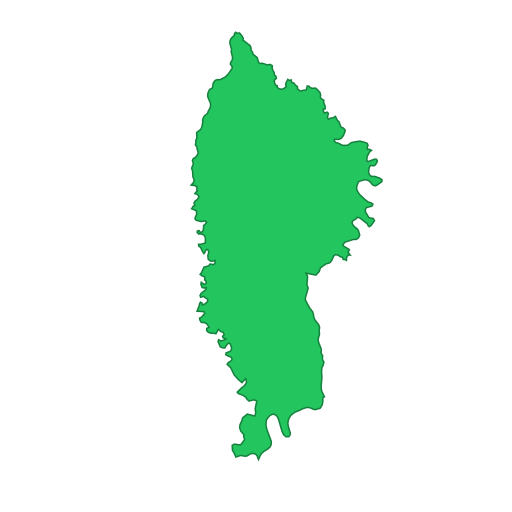 Candói, Paraná, Brazil, rotated 301°
{"feature_id": "56859067B42839534370188", "entity_name": "Candói", "entity_type": "district", "adm_level": 2, "iso_a3": "BRA", "parent_name": "Brazil", "parent_adm1": "Paraná", "projection": "albers", "projection_center": [-52.04, -25.522], "detail": "fine", "context": "isolated", "style": "filled", "palette": "green", "viewbox_px": 512, "rotation_deg": 301, "n_neighbors": 0, "source": "geoboundaries", "source_scale": "gbopen_adm2", "svg_char_len": 6145}
<svg xmlns="http://www.w3.org/2000/svg" viewBox="0 0 512 512"><g transform="rotate(301 256 256)"><path d="M406.1,300.6L405.9,298.6L405.0,296.3L406.6,295.2L408.4,295.1L409.8,293.5L409.6,291.3L408.0,285.9L406.4,283.9L402.3,279.3L398.1,277.5L396.6,275.2L395.4,273.1L395.2,268.7L394.4,266.1L394.7,264.1L396.5,263.1L397.6,265.3L398.7,267.0L400.6,268.4L404.3,268.9L408.4,268.2L409.9,267.6L410.7,265.0L410.2,262.8L411.7,260.5L413.6,258.5L414.5,255.3L416.6,252.2L414.3,251.0L412.1,248.4L410.5,247.8L411.2,246.2L412.6,245.5L415.6,244.6L415.9,242.7L413.9,241.3L414.4,239.7L416.3,238.0L417.7,239.5L419.9,238.2L422.8,234.6L424.4,234.0L424.5,230.7L425.4,229.2L427.2,228.6L429.1,226.6L430.3,222.5L430.6,220.5L428.9,218.2L428.2,215.6L428.9,214.0L428.0,212.3L426.1,213.1L424.1,213.5L422.6,211.4L420.2,209.1L420.7,205.3L422.6,204.3L422.8,201.6L423.8,199.4L423.1,197.3L425.1,195.4L423.6,194.2L423.8,192.3L419.5,192.6L417.9,193.4L416.7,194.7L414.6,193.9L412.3,192.5L411.3,189.6L411.4,187.3L412.9,186.5L412.6,184.6L414.5,182.2L416.2,181.2L418.7,182.0L420.4,180.5L420.6,178.6L422.6,177.1L424.0,174.5L425.8,172.8L427.5,172.0L427.5,169.4L425.7,167.4L424.4,161.9L423.2,160.6L423.1,158.8L426.7,154.8L427.5,149.3L428.8,148.3L429.7,146.0L431.7,144.6L433.2,142.9L434.2,135.4L434.3,133.4L435.8,133.2L436.8,131.8L437.6,130.2L438.7,127.0L437.3,125.2L437.3,123.3L435.6,123.0L433.9,123.8L430.7,122.8L428.8,122.6L426.8,123.0L424.5,124.4L420.6,128.6L418.2,129.6L414.3,133.5L411.8,134.7L409.2,134.6L407.3,135.1L405.9,138.3L404.2,138.9L398.0,138.5L393.7,137.5L388.6,134.4L387.7,132.7L386.2,131.0L384.4,130.3L381.6,130.4L379.0,131.7L376.8,131.9L374.9,130.4L371.0,130.9L369.2,131.6L367.5,132.8L363.1,138.7L361.0,139.8L359.3,140.4L355.8,140.4L353.4,141.0L349.2,139.6L347.3,139.7L345.0,140.2L343.5,141.3L340.5,142.5L338.4,143.2L336.0,143.4L331.3,141.5L326.7,144.5L324.0,144.9L321.9,146.2L320.0,146.8L318.8,149.6L317.3,150.4L315.4,152.8L313.5,153.6L310.9,153.6L308.6,153.0L307.4,152.1L305.2,152.2L302.8,154.8L298.1,155.6L296.2,157.8L291.2,161.3L289.6,163.6L287.3,164.6L283.4,163.9L284.9,167.5L284.7,170.1L282.4,170.9L281.2,172.4L279.5,171.5L278.0,171.5L278.6,174.0L277.6,176.5L274.6,176.7L271.6,175.5L269.4,175.5L268.2,177.5L266.1,176.5L263.3,176.5L264.1,181.5L261.2,183.7L258.2,183.9L256.5,184.5L255.8,186.3L257.1,190.8L258.3,192.7L259.9,194.1L259.5,196.3L256.8,196.0L255.2,195.4L252.0,197.1L249.3,197.7L247.5,196.1L248.5,194.0L247.2,192.8L245.8,193.5L245.3,195.5L246.7,197.6L247.1,201.0L245.6,203.1L241.1,205.9L237.5,202.5L236.4,200.7L234.9,202.0L234.9,204.0L232.3,207.8L231.2,210.1L232.9,210.3L235.8,209.9L236.7,211.3L235.0,213.6L231.7,214.4L228.6,216.7L228.2,219.4L229.2,221.5L231.1,223.3L228.4,224.7L226.6,223.8L225.5,220.7L223.2,220.5L219.6,217.1L213.6,217.9L211.5,217.5L211.2,219.6L211.6,223.1L209.0,224.3L208.6,226.4L207.1,227.2L204.9,226.3L205.3,222.6L203.3,223.4L201.2,226.1L202.0,228.3L203.2,229.7L201.4,230.3L195.8,228.2L193.4,228.3L192.1,229.8L194.3,231.8L193.9,237.0L191.7,238.0L188.5,236.8L186.5,235.5L187.9,233.8L187.8,232.1L186.1,232.2L184.5,232.8L178.3,233.9L181.5,240.1L180.3,241.6L175.2,240.7L173.7,239.6L172.1,241.0L170.9,243.4L172.4,246.2L172.5,248.9L170.7,252.6L168.6,251.0L166.7,252.1L166.0,254.3L166.5,256.9L168.1,259.6L168.7,261.7L173.8,261.5L173.1,264.3L173.6,267.3L172.1,269.3L169.9,268.7L168.9,270.0L169.4,273.0L167.1,271.6L165.1,269.7L165.1,267.2L163.1,267.5L159.7,272.2L160.1,274.7L161.2,276.7L163.4,276.6L166.8,277.1L167.6,278.8L164.9,282.2L162.8,283.2L161.2,283.1L157.6,280.3L155.9,280.8L155.8,282.9L156.4,287.0L155.2,288.6L153.6,288.8L150.3,287.1L148.2,287.1L147.2,291.9L142.8,298.6L141.1,304.2L140.2,309.2L145.5,310.3L143.5,312.5L141.6,313.1L138.6,312.8L135.0,311.4L129.6,310.0L129.0,311.7L129.9,316.7L129.6,319.9L128.5,322.4L128.1,324.8L131.2,327.8L132.0,329.7L132.0,331.4L124.8,333.9L121.3,336.6L118.2,337.4L116.0,329.9L110.3,327.9L107.2,328.8L103.4,329.1L100.9,330.1L99.5,331.4L98.1,333.1L96.6,337.5L94.7,338.6L92.8,340.8L86.3,340.1L85.3,338.5L83.7,334.4L81.4,333.1L77.3,335.9L76.1,338.3L73.3,342.3L77.1,345.5L78.9,350.1L80.1,351.4L83.0,352.8L84.5,354.1L85.5,355.7L85.9,358.0L85.3,359.8L82.8,363.0L87.2,362.4L89.8,362.5L92.7,363.5L96.6,365.5L99.4,366.4L102.0,366.2L104.9,364.7L112.7,354.9L116.0,351.8L119.4,349.9L121.2,349.4L123.6,349.5L126.0,350.0L128.4,351.2L129.7,353.2L129.8,354.9L129.2,357.1L127.8,359.2L119.1,368.6L117.0,371.8L116.5,374.8L118.1,377.2L119.7,377.4L121.6,376.9L126.7,371.4L128.4,369.9L130.0,369.0L131.6,368.4L133.9,367.9L136.5,367.9L138.1,368.2L142.0,369.7L145.8,372.6L149.0,374.6L152.2,377.4L153.2,379.0L153.9,381.4L154.0,383.3L154.7,385.8L158.5,389.4L162.8,389.4L166.6,387.8L169.0,386.2L170.6,387.2L173.7,382.3L175.6,380.5L178.3,378.7L185.6,375.2L190.7,371.7L194.5,369.8L196.4,370.0L200.3,368.7L201.1,366.8L202.6,365.5L204.9,364.5L206.2,361.8L208.4,360.8L210.3,359.3L214.0,354.4L216.2,352.4L218.4,351.6L221.7,350.7L224.3,348.8L227.7,347.2L229.3,345.3L231.6,339.4L233.2,337.2L234.6,336.1L237.2,333.6L239.2,328.6L243.7,321.0L245.8,319.8L254.7,317.5L256.0,316.6L257.5,314.5L264.6,311.0L265.9,309.8L267.1,307.7L270.5,317.2L275.3,318.2L279.0,317.3L285.4,320.1L287.0,321.8L288.6,322.9L291.5,323.2L296.1,322.6L298.2,323.5L299.0,326.3L298.8,328.9L299.5,330.8L297.9,332.6L298.8,334.1L298.8,335.8L300.3,334.9L302.5,334.3L304.4,334.7L305.3,336.3L306.6,333.1L309.6,332.7L309.6,326.0L310.5,324.7L313.7,325.1L320.2,330.8L321.9,333.5L324.2,334.5L327.3,334.2L330.5,330.7L331.5,328.6L331.7,325.9L332.8,322.4L334.7,320.8L336.6,321.1L338.9,322.5L341.5,323.0L342.0,324.9L341.9,327.7L341.1,332.7L341.1,334.5L339.9,336.2L339.4,338.0L341.7,339.0L347.3,339.4L348.6,337.0L347.6,334.9L347.1,332.9L350.2,327.1L352.1,325.8L354.3,325.7L358.5,329.7L360.7,329.5L360.8,326.9L360.0,324.1L360.6,319.9L362.2,312.8L364.2,308.9L366.3,307.0L369.6,306.0L372.9,305.7L376.3,308.9L377.5,310.2L378.4,312.3L378.5,314.9L377.0,319.5L377.6,322.2L379.3,323.3L384.5,325.6L386.2,324.8L386.5,322.0L385.4,316.8L384.1,314.6L383.6,312.9L384.5,310.9L385.5,309.5L389.9,307.5L392.7,307.5L393.8,310.4L395.6,311.4L398.0,311.4L399.8,311.2L401.0,309.5L400.1,307.7L394.9,303.7L394.5,301.9L398.6,300.0L403.8,299.8L406.1,300.6Z" fill="#22c55e" stroke="#15803d" stroke-width="1.5"/></g></svg>